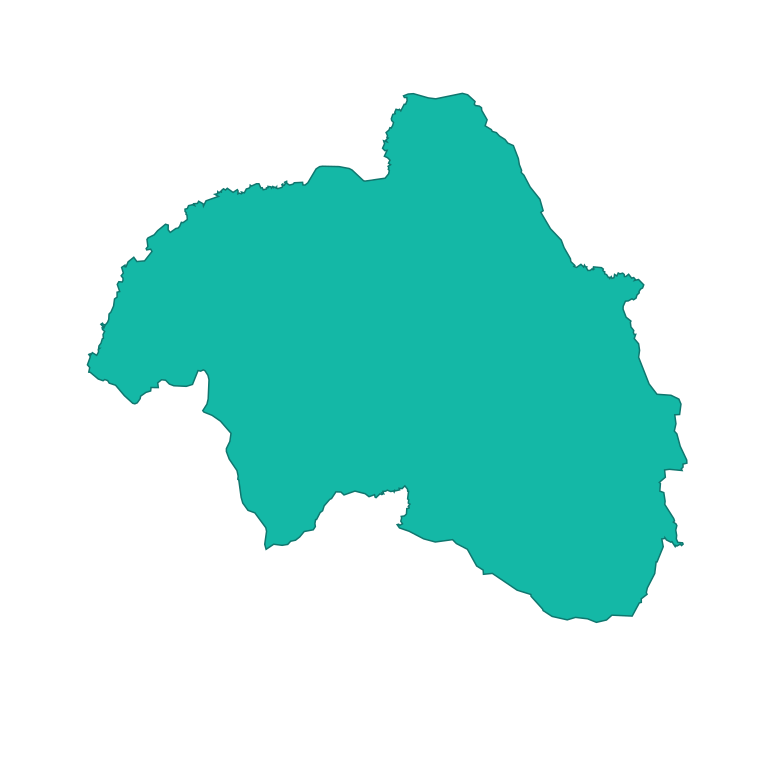 the district of Nong Saeng, Udon Thani, Thailand, rotated 348°
{"feature_id": "78962969B88250797727132", "entity_name": "Nong Saeng", "entity_type": "district", "adm_level": 2, "iso_a3": "THA", "parent_name": "Thailand", "parent_adm1": "Udon Thani", "projection": "robinson", "projection_center": [102.753, 17.139], "detail": "fine", "context": "isolated", "style": "filled", "palette": "teal", "viewbox_px": 768, "rotation_deg": 348, "n_neighbors": 0, "source": "geoboundaries", "source_scale": "gbopen_adm2", "svg_char_len": 6167}
<svg xmlns="http://www.w3.org/2000/svg" viewBox="0 0 768 768"><g transform="rotate(348 384 384)"><path d="M256.5,520.9L260.0,518.4L265.0,518.4L269.7,516.1L275.3,511.7L284.5,511.9L287.2,509.2L287.4,506.2L288.9,502.4L289.9,502.5L294.8,496.5L297.6,495.2L300.1,490.8L306.9,485.6L308.9,485.1L314.6,479.5L319.4,480.7L321.8,484.2L333.3,482.7L342.8,487.4L345.9,491.1L351.7,490.3L351.8,492.9L352.6,493.5L357.2,490.6L358.9,491.7L359.6,491.5L359.3,490.2L360.9,491.2L360.6,488.8L363.4,489.2L365.1,488.5L368.3,490.6L371.2,490.6L371.5,491.7L372.5,490.2L373.1,490.9L377.3,490.8L377.1,489.2L380.0,490.1L383.2,488.0L385.1,491.6L384.9,493.8L385.7,494.1L383.2,501.3L384.1,502.4L383.0,505.5L384.4,506.9L382.3,508.7L383.0,509.7L382.6,510.6L380.4,510.6L378.9,515.9L376.5,517.3L373.3,517.1L373.4,518.7L371.9,521.7L373.0,524.6L370.2,525.5L369.2,524.2L367.6,524.3L369.2,528.0L378.0,533.3L390.6,543.7L401.3,549.2L418.7,550.5L421.6,555.1L431.2,563.0L436.8,581.3L442.3,586.6L441.7,590.8L450.6,591.8L471.4,613.4L483.9,620.4L483.7,622.2L492.3,637.1L492.5,638.7L500.1,646.3L514.2,652.8L522.8,652.1L534.3,656.0L542.2,661.3L552.6,661.1L558.9,657.5L578.5,662.6L588.2,651.2L590.3,651.1L591.0,647.6L597.6,644.4L597.2,642.5L599.2,638.2L609.4,625.7L613.2,614.6L614.1,614.8L623.3,601.2L623.5,593.3L626.5,593.5L626.8,592.7L627.9,595.3L631.8,598.4L632.8,598.0L635.0,603.6L635.9,602.5L636.8,603.4L640.4,602.3L641.5,603.9L643.3,602.8L643.0,601.4L638.5,600.0L637.7,596.3L638.8,592.9L639.0,587.5L641.0,583.4L640.5,581.5L638.3,579.2L639.7,578.3L639.4,575.8L633.6,560.2L634.6,557.1L635.1,548.4L631.5,546.1L633.7,538.8L632.8,537.5L639.8,533.7L640.6,526.4L645.5,526.8L657.6,530.6L657.2,528.8L659.2,527.5L659.8,524.5L663.8,524.4L664.3,521.3L660.8,506.5L660.1,493.7L658.2,490.4L661.3,483.6L662.0,474.6L666.8,475.3L670.3,465.4L669.3,460.1L662.4,454.7L648.9,450.8L643.3,439.1L638.6,410.8L641.0,404.2L641.4,397.6L638.2,391.6L640.5,387.8L639.1,387.7L638.6,385.4L639.4,383.6L637.4,379.5L637.8,374.9L638.6,373.8L634.7,369.0L633.4,360.5L634.1,357.7L637.4,353.2L640.2,353.5L644.3,352.2L645.6,353.5L648.4,352.4L649.9,349.6L652.6,347.9L652.6,346.7L654.6,344.6L656.9,343.8L658.7,341.0L654.7,334.7L650.6,334.8L651.6,334.0L650.4,331.8L648.2,331.9L646.1,327.5L643.1,329.1L641.5,328.9L641.7,326.8L640.5,325.2L637.6,325.3L636.2,324.1L634.2,326.7L632.3,324.8L631.1,327.8L629.0,328.1L628.6,326.2L626.8,327.7L626.4,326.4L624.9,326.4L625.5,326.2L624.5,323.3L622.8,322.1L623.2,320.0L622.2,319.6L621.7,318.3L622.4,317.2L620.9,315.4L613.3,313.0L612.6,314.4L613.3,315.2L612.2,315.7L611.3,314.7L609.3,315.8L607.0,315.3L606.2,312.6L606.7,311.6L605.4,311.3L604.8,309.4L603.6,311.1L601.5,307.9L596.6,310.0L594.2,308.5L595.3,307.7L592.2,303.1L592.4,300.2L588.5,288.1L587.3,280.1L579.1,266.7L573.1,248.7L575.7,247.6L574.9,235.7L567.9,221.7L564.3,208.9L562.2,205.6L563.0,203.6L562.0,197.6L562.3,191.4L560.1,177.7L555.2,174.1L553.2,170.0L548.4,165.3L546.2,161.5L542.4,159.4L541.9,157.5L536.6,152.5L539.8,147.0L536.5,136.7L536.8,134.0L535.0,132.0L531.3,130.6L530.5,129.1L531.8,126.6L526.0,118.5L521.1,116.0L493.9,115.8L486.9,113.4L473.1,106.1L467.9,105.4L463.0,106.2L463.5,108.0L465.9,108.5L465.5,111.7L463.3,114.9L461.9,114.6L457.2,120.4L456.2,118.5L455.1,118.9L452.9,117.8L451.0,120.5L451.2,121.9L448.7,122.1L446.3,126.1L446.3,127.9L447.7,130.2L446.2,132.9L444.3,135.1L443.1,134.5L441.7,136.6L438.3,138.5L439.1,141.8L438.1,143.6L439.2,144.3L436.5,145.9L437.3,147.8L434.2,146.0L434.5,149.1L431.6,153.1L433.3,155.9L435.6,156.1L431.7,161.3L434.5,163.4L436.4,166.3L434.3,169.0L436.0,170.9L433.2,171.9L433.7,173.5L432.8,174.9L433.6,176.3L432.2,179.4L427.9,182.9L407.6,181.6L406.2,180.9L397.3,168.1L394.8,166.0L385.2,162.0L369.1,158.2L366.2,158.0L362.3,159.5L351.3,171.4L348.1,173.0L346.1,172.4L346.3,169.8L338.1,168.5L336.5,169.6L333.0,169.8L330.7,167.6L330.9,165.5L328.8,166.0L329.1,167.5L327.7,168.9L326.5,168.7L326.6,167.3L325.6,167.7L325.8,169.8L325.0,170.5L320.6,170.8L319.7,170.1L319.9,169.0L319.1,169.8L318.3,168.7L316.3,169.3L317.1,168.5L316.3,167.6L314.7,169.0L314.4,167.6L311.6,166.6L311.5,167.8L309.8,167.7L309.5,168.8L306.2,168.9L305.7,166.7L304.3,166.6L303.3,162.1L300.9,161.6L295.6,162.8L294.5,161.7L294.0,163.3L292.6,164.4L289.9,164.6L287.1,168.0L284.6,166.7L284.9,167.9L284.1,168.3L282.0,167.2L280.7,167.6L281.4,164.7L280.9,163.4L276.2,165.2L271.4,160.0L269.3,161.3L267.6,159.7L265.1,161.0L264.8,162.4L263.9,161.8L262.4,162.7L261.4,161.3L260.8,163.2L258.0,163.3L261.1,166.1L248.0,167.8L244.4,172.4L244.5,170.1L240.7,166.7L239.1,168.6L235.4,168.1L235.9,170.1L234.2,168.8L229.9,168.9L228.1,171.5L225.7,171.6L225.3,173.9L226.2,175.3L225.6,176.8L226.4,177.8L225.8,182.2L221.0,184.4L219.4,183.7L216.9,187.3L214.9,188.7L212.8,188.6L206.4,191.3L204.9,188.3L206.0,183.7L203.5,182.3L194.4,187.0L190.2,190.3L183.6,192.0L182.2,193.3L181.6,200.5L179.5,202.1L179.8,203.5L183.8,203.6L184.6,206.1L175.4,213.8L167.7,212.8L165.6,208.0L159.1,211.3L156.0,215.8L155.1,215.6L155.3,213.9L151.6,215.4L152.1,221.3L149.4,223.5L150.7,226.2L150.2,228.5L149.1,229.8L145.9,228.8L143.8,231.1L144.7,238.6L142.0,238.7L141.0,243.5L138.1,244.8L135.7,251.5L131.9,256.8L129.6,258.4L128.2,263.5L126.5,266.1L123.9,268.1L121.9,267.6L121.3,266.0L119.5,266.7L121.0,269.4L122.7,269.5L121.6,271.0L120.0,270.5L120.0,272.1L121.7,274.5L119.5,277.1L119.0,281.0L117.8,281.3L115.7,285.2L113.1,287.5L112.2,290.0L113.1,290.1L111.7,290.9L111.4,293.4L108.9,296.2L105.2,292.7L103.0,294.8L102.9,293.4L101.4,293.7L102.4,296.3L97.9,303.6L99.6,306.7L97.7,311.0L99.1,311.5L105.5,319.7L109.9,322.4L111.8,321.6L114.4,323.2L115.4,326.0L121.2,329.4L127.6,341.4L134.2,350.6L136.2,351.6L138.7,351.1L142.4,347.7L143.4,345.3L149.5,342.7L154.3,342.3L155.4,339.0L162.5,340.6L162.9,335.8L167.3,333.6L171.2,334.9L174.0,339.4L178.0,342.0L190.2,345.2L196.6,344.6L204.9,332.2L207.4,333.3L210.2,332.6L211.7,333.9L213.6,338.9L213.7,343.5L208.9,362.1L206.6,366.9L201.2,372.4L202.0,374.0L209.2,378.8L216.3,386.3L224.1,400.4L221.3,408.1L216.4,414.4L215.8,417.3L217.0,425.3L222.2,438.1L222.2,443.8L221.2,446.8L222.0,447.8L220.7,465.1L221.1,471.1L224.7,479.3L230.9,483.2L238.5,500.0L238.5,503.7L234.0,516.0L234.3,521.2L242.8,517.8L250.8,520.6L256.5,520.9Z" fill="#14b8a6" stroke="#0f766e" stroke-width="1.5"/></g></svg>